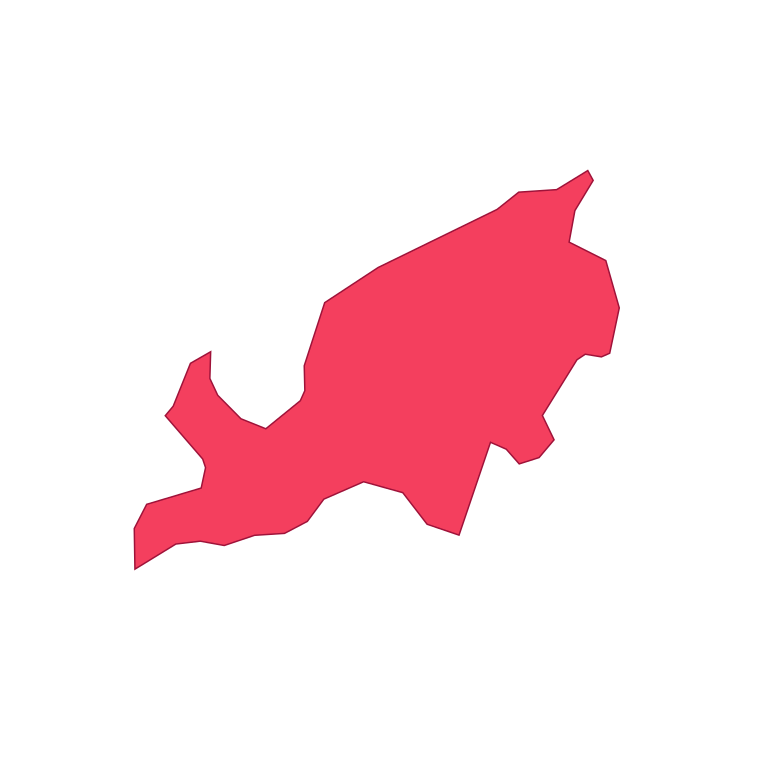 the Province of Barahona, rotated 212°
{"feature_id": "DOM-1970", "entity_name": "Barahona", "entity_type": "Province", "adm_level": 1, "iso_a3": "DOM", "parent_name": "Dominican Republic", "parent_adm1": "", "projection": "robinson", "projection_center": [-71.169, 18.186], "detail": "coarse", "context": "isolated", "style": "filled", "palette": "rose", "viewbox_px": 768, "rotation_deg": 212, "n_neighbors": 0, "source": "natural_earth", "source_scale": "10m", "svg_char_len": 770}
<svg xmlns="http://www.w3.org/2000/svg" viewBox="0 0 768 768"><g transform="rotate(212 384 384)"><path d="M548.1,319.5L534.6,296.4L519.0,286.3L486.9,278.7L460.5,283.4L446.1,325.5L447.6,336.4L461.3,357.2L477.4,421.6L450.7,479.7L380.6,592.0L371.4,618.1L340.6,640.3L324.3,673.0L314.5,667.5L314.0,632.2L302.2,602.4L261.3,606.2L224.8,573.2L208.9,529.7L214.0,522.2L229.1,515.9L233.2,506.8L233.0,441.2L210.2,426.8L213.5,403.8L227.0,387.9L245.8,393.5L262.8,391.0L240.3,295.6L273.1,287.9L310.5,301.8L349.5,290.3L374.0,254.5L376.2,226.9L389.2,204.6L413.6,187.1L433.9,162.4L456.6,153.3L475.7,138.0L497.1,95.0L519.2,129.1L521.5,156.2L483.9,198.9L491.0,218.5L498.0,224.3L552.7,241.2L551.0,253.5L559.1,299.0L548.1,319.5Z" fill="#f43f5e" stroke="#9f1239" stroke-width="1.5"/></g></svg>